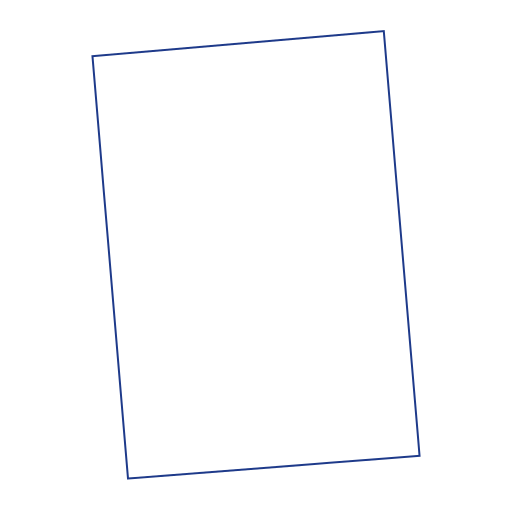 the district of Guatraché, La Pampa, Argentina, rotated 265°
{"feature_id": "61730980B9884818603028", "entity_name": "Guatraché", "entity_type": "district", "adm_level": 2, "iso_a3": "ARG", "parent_name": "Argentina", "parent_adm1": "La Pampa", "projection": "robinson", "projection_center": [-63.774, -37.483], "detail": "fine", "context": "isolated", "style": "outline", "palette": "blue", "viewbox_px": 512, "rotation_deg": 265, "n_neighbors": 0, "source": "geoboundaries", "source_scale": "gbopen_adm2", "svg_char_len": 433}
<svg xmlns="http://www.w3.org/2000/svg" viewBox="0 0 512 512"><g transform="rotate(265 256 256)"><path d="M45.5,109.1L45.4,116.3L43.7,294.8L43.6,312.3L43.0,367.9L42.7,401.5L62.1,401.6L164.9,401.9L288.6,402.3L328.6,402.4L376.8,402.6L412.7,402.7L467.9,402.9L468.9,402.9L469.3,117.6L469.3,110.5L468.4,110.5L377.0,110.2L333.0,110.0L287.1,109.9L227.2,109.7L49.2,109.1L45.5,109.1Z" fill="none" stroke="#1e3a8a" stroke-width="2"/></g></svg>